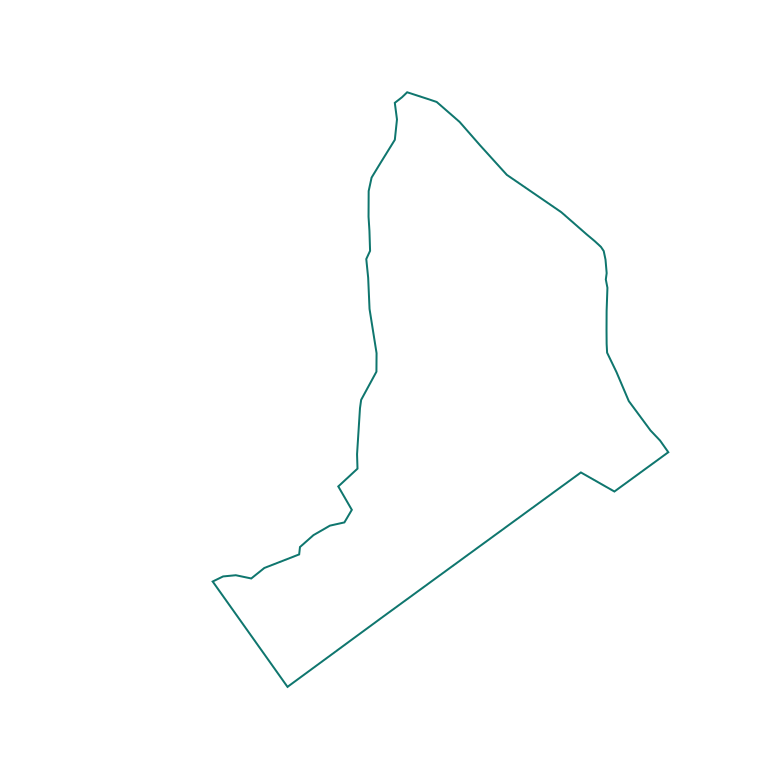 the district of Tassara, Tahoua, Niger, rotated 234°
{"feature_id": "23599985B43997741220428", "entity_name": "Tassara", "entity_type": "district", "adm_level": 2, "iso_a3": "NER", "parent_name": "Niger", "parent_adm1": "Tahoua", "projection": "orthographic", "projection_center": [5.154, 17.489], "detail": "fine", "context": "isolated", "style": "outline", "palette": "teal", "viewbox_px": 768, "rotation_deg": 234, "n_neighbors": 0, "source": "geoboundaries", "source_scale": "gbopen_adm2", "svg_char_len": 886}
<svg xmlns="http://www.w3.org/2000/svg" viewBox="0 0 768 768"><g transform="rotate(234 384 384)"><path d="M418.8,628.4L481.0,606.3L520.7,602.0L551.6,599.2L581.2,592.4L588.8,587.0L606.4,574.2L605.4,567.1L605.1,558.0L590.4,550.0L575.2,536.3L565.1,511.6L558.3,495.3L549.1,485.0L528.4,469.8L516.4,462.2L499.9,451.0L495.5,443.1L479.2,433.6L453.2,416.4L413.3,396.1L398.4,385.1L384.6,356.2L378.6,350.4L343.0,320.9L331.1,312.8L328.0,286.8L301.1,284.0L295.3,270.6L301.2,257.0L303.2,238.1L301.5,220.2L296.0,215.2L305.5,179.1L304.7,162.3L316.4,151.7L322.9,140.7L324.9,129.3L195.7,127.9L196.3,243.8L196.7,491.3L161.6,507.2L161.7,573.9L175.9,574.1L189.7,572.3L226.3,572.0L257.1,579.1L278.2,582.9L285.6,587.7L296.8,595.7L312.2,607.0L330.5,621.3L338.2,624.9L342.8,629.3L354.4,636.3L362.4,639.9L367.4,640.1L375.5,638.5L385.9,635.9L418.8,628.4Z" fill="none" stroke="#0f766e" stroke-width="2"/></g></svg>